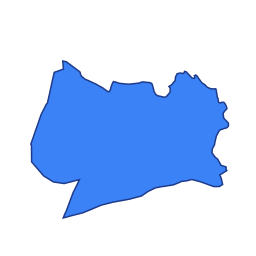 Bilqas, Ad Daqahliyah, Egypt (Robinson projection), rotated 260°
{"feature_id": "37247803B88078543557483", "entity_name": "Bilqas", "entity_type": "district", "adm_level": 2, "iso_a3": "EGY", "parent_name": "Egypt", "parent_adm1": "Ad Daqahliyah", "projection": "robinson", "projection_center": [31.411, 31.344], "detail": "fine", "context": "isolated", "style": "filled", "palette": "blue", "viewbox_px": 256, "rotation_deg": 260, "n_neighbors": 0, "source": "geoboundaries", "source_scale": "gbopen_adm2", "svg_char_len": 2796}
<svg xmlns="http://www.w3.org/2000/svg" viewBox="0 0 256 256"><g transform="rotate(260 128 128)"><path d="M129.0,29.5L127.4,29.9L111.4,27.2L95.5,36.6L87.8,45.2L84.4,55.5L85.6,71.2L81.0,68.0L74.3,63.0L69.3,60.0L59.9,54.5L56.2,52.3L54.6,51.0L50.7,48.6L51.0,52.2L51.4,56.4L52.4,69.3L52.5,69.6L55.0,80.8L56.7,88.2L57.6,100.4L57.6,101.0L57.6,109.0L57.7,117.9L57.9,119.5L58.7,129.4L62.1,136.9L64.3,144.6L64.3,145.4L64.4,151.2L64.3,152.6L64.1,162.9L65.4,168.8L66.1,171.7L65.9,174.5L65.8,177.3L65.9,178.0L66.2,181.9L63.4,188.0L62.2,190.5L60.9,192.7L58.7,196.6L57.5,198.6L55.4,202.4L54.5,207.8L55.9,211.4L62.1,211.1L62.3,211.0L63.3,210.9L65.5,210.2L65.8,210.2L68.9,217.9L70.0,217.5L71.2,217.5L72.4,217.9L72.8,217.5L73.8,215.6L75.1,213.1L76.5,212.7L81.1,211.1L82.0,210.7L82.7,210.0L83.8,209.0L86.4,207.6L86.8,207.4L89.1,206.4L93.0,207.5L95.7,209.7L97.1,210.6L98.1,210.8L104.2,213.4L104.6,213.5L108.9,216.9L110.3,218.8L110.5,221.3L110.9,222.3L110.9,224.6L111.5,226.1L112.5,227.2L114.1,227.6L115.7,227.6L116.7,226.9L117.4,226.5L118.1,225.9L120.0,224.7L121.4,223.9L122.2,224.0L123.2,224.1L125.6,224.1L127.4,225.6L129.1,227.7L129.7,228.7L130.9,228.8L133.9,228.2L135.1,227.7L136.3,227.1L136.7,226.7L137.0,225.1L136.6,223.0L137.4,221.9L138.2,221.7L138.8,221.7L140.2,221.7L141.6,221.8L143.0,221.1L143.4,221.4L150.7,221.4L151.4,221.2L151.5,220.0L152.0,217.1L153.2,214.8L154.4,213.1L157.4,211.1L159.7,208.6L160.1,208.4L164.1,206.4L165.1,205.9L166.4,205.5L167.4,204.9L168.4,203.9L168.0,202.4L166.4,202.6L165.4,202.2L165.6,200.9L166.4,199.5L168.2,198.4L173.3,195.0L173.7,193.9L173.9,193.5L172.5,192.7L172.1,192.0L172.7,190.2L173.1,188.3L172.9,185.8L170.1,183.7L169.8,183.6L167.7,183.0L166.4,182.6L165.0,180.7L162.8,178.2L162.6,177.4L161.8,175.5L160.0,176.5L157.2,175.9L155.9,175.6L153.1,172.3L151.9,170.4L152.0,169.9L152.1,168.9L154.6,162.9L155.7,161.7L156.4,161.1L159.6,160.0L161.9,159.9L163.5,159.7L166.1,159.5L167.7,159.1L168.8,157.6L170.8,150.8L170.8,148.7L170.5,147.9L170.3,147.7L170.9,137.0L171.4,135.0L172.1,132.0L173.7,126.8L175.6,123.5L175.7,122.9L175.9,122.0L176.2,121.7L174.4,120.2L171.3,118.4L168.3,117.1L168.1,116.8L166.9,115.3L167.1,115.0L168.1,113.7L170.8,111.1L171.8,110.2L175.5,105.6L176.9,104.0L178.9,101.0L181.8,96.9L181.9,96.7L183.3,94.5L183.5,94.3L186.7,91.4L188.4,90.7L189.9,90.5L191.0,90.5L191.3,90.5L192.1,89.9L198.4,84.0L204.1,78.6L204.5,77.3L205.0,76.2L205.3,75.4L197.2,74.6L195.6,65.0L191.0,63.1L190.2,62.8L188.5,62.0L186.2,61.1L184.8,60.5L181.8,59.3L177.7,57.6L174.7,56.4L173.1,55.7L171.1,54.9L168.6,53.8L166.5,53.0L165.4,51.5L164.7,51.0L164.0,50.5L162.9,49.7L161.2,48.4L160.4,47.8L158.9,46.7L158.0,46.0L156.5,44.9L155.7,44.4L154.0,43.5L149.9,41.2L146.8,39.5L142.6,37.1L139.4,35.3L137.8,34.5L137.5,34.3L130.7,30.5L129.0,29.5Z" fill="#3b82f6" stroke="#1e3a8a" stroke-width="1.5"/></g></svg>